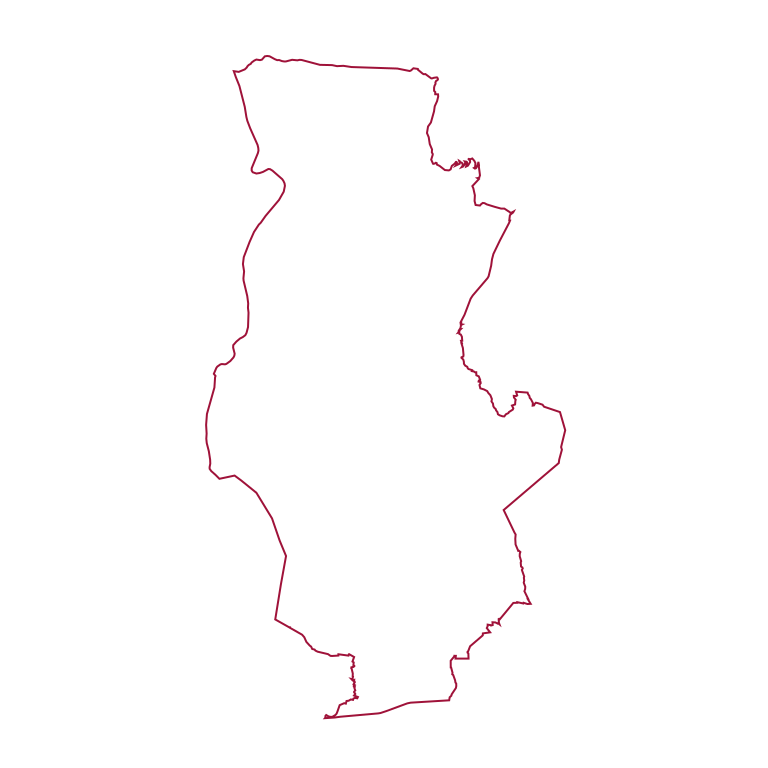 outline of Zapotlán del Rey, Jalisco, Mexico, rotated 88°
{"feature_id": "50627088B65473420567883", "entity_name": "Zapotlán del Rey", "entity_type": "district", "adm_level": 2, "iso_a3": "MEX", "parent_name": "Mexico", "parent_adm1": "Jalisco", "projection": "mercator", "projection_center": [-102.928, 20.466], "detail": "fine", "context": "isolated", "style": "outline", "palette": "rose", "viewbox_px": 768, "rotation_deg": 88, "n_neighbors": 0, "source": "geoboundaries", "source_scale": "gbopen_adm2", "svg_char_len": 6106}
<svg xmlns="http://www.w3.org/2000/svg" viewBox="0 0 768 768"><g transform="rotate(88 384 384)"><path d="M66.1,523.2L72.0,521.4L81.1,518.1L102.1,513.5L112.4,512.2L116.2,511.4L123.8,508.8L140.7,502.0L143.8,501.4L146.4,501.3L148.9,502.0L163.7,508.7L166.1,508.8L167.8,507.8L169.2,504.2L168.8,500.8L167.8,497.5L165.1,492.1L165.3,490.4L166.9,488.0L175.7,478.6L177.4,477.5L180.0,476.4L182.5,476.1L188.3,477.5L196.4,482.5L211.9,496.5L218.6,501.6L220.3,503.5L227.5,508.6L237.4,513.4L252.3,519.7L259.2,520.8L266.6,519.9L273.5,520.8L275.8,520.7L291.3,517.6L298.7,516.9L303.1,517.3L308.0,516.9L322.4,517.9L328.1,519.6L330.4,520.9L332.2,523.5L333.5,526.3L336.5,530.1L339.9,533.3L342.4,533.5L348.5,532.2L350.5,532.6L352.2,533.5L355.7,536.8L358.4,540.8L358.8,542.2L358.4,545.4L358.7,546.8L360.8,550.0L362.1,551.0L367.9,553.7L370.1,552.1L371.5,552.6L381.6,553.6L407.8,562.0L418.7,563.2L427.4,563.0L432.5,563.5L436.9,563.2L445.1,561.4L453.6,560.4L457.6,560.4L461.0,561.2L462.7,561.2L465.0,559.7L469.1,555.4L473.0,551.8L470.3,536.5L475.5,530.0L488.3,515.3L514.4,500.6L536.7,493.8L552.5,487.9L580.5,494.0L615.5,500.9L623.7,487.5L623.9,486.5L624.3,486.6L631.7,474.6L634.3,472.5L639.0,470.6L642.9,467.3L643.9,466.0L646.3,465.0L647.0,462.6L648.0,461.9L649.2,459.7L652.0,449.4L653.8,447.0L654.0,445.4L653.8,439.1L652.5,439.0L654.2,429.0L652.9,428.6L652.8,428.3L655.8,423.4L660.3,425.2L661.2,424.0L663.8,424.4L664.6,423.5L665.0,423.5L665.6,424.3L665.3,424.7L665.8,425.3L666.0,426.5L667.0,426.6L667.2,426.3L672.2,425.3L675.1,425.5L675.3,425.2L677.9,425.8L677.6,427.0L679.2,425.6L678.7,424.1L680.4,424.3L680.6,423.7L681.1,423.6L683.0,424.9L683.9,423.7L684.8,424.8L685.4,424.7L685.6,423.8L687.2,424.1L689.2,423.4L690.5,424.6L691.2,424.6L692.2,423.7L692.8,423.5L694.3,424.8L695.9,421.0L697.2,421.7L696.7,424.1L697.4,425.6L698.6,426.0L698.1,428.1L699.3,430.4L699.5,432.5L702.1,433.3L701.6,434.9L703.4,439.5L709.8,442.0L711.8,442.9L713.1,444.1L714.7,447.0L714.9,448.5L714.3,451.0L712.8,453.3L713.7,454.1L715.3,454.2L715.9,454.7L715.6,445.0L715.0,439.1L713.0,401.3L712.7,399.0L711.1,393.5L704.0,371.9L703.4,368.5L702.4,329.9L699.4,329.3L697.9,327.6L696.5,327.2L690.4,322.8L688.4,322.3L685.8,322.3L684.9,323.0L682.5,323.3L677.2,325.0L676.5,325.9L675.0,325.6L672.8,326.1L669.7,326.8L669.6,327.2L662.9,327.0L658.5,323.1L658.1,323.1L658.2,321.7L660.9,322.1L661.4,309.1L656.2,309.1L655.4,309.9L654.5,309.8L654.2,309.3L649.1,307.1L638.7,294.1L636.7,293.9L635.9,286.6L631.5,289.8L629.8,288.9L628.1,288.8L628.7,285.8L629.1,285.5L628.7,283.8L625.9,283.9L626.2,280.9L627.4,278.8L627.0,278.4L628.2,277.0L626.7,277.5L622.9,277.6L622.7,277.2L623.2,276.5L607.3,262.4L607.3,258.4L606.7,258.4L608.2,252.5L607.5,252.2L608.9,248.3L608.8,245.1L603.5,248.1L603.3,248.1L603.4,247.6L596.0,250.9L593.8,250.1L591.5,249.9L587.5,251.3L585.2,250.7L582.5,251.0L581.4,250.6L574.6,252.7L573.2,251.8L572.2,252.1L571.2,253.4L567.2,253.6L565.9,253.1L560.8,254.4L558.3,254.2L556.7,253.6L555.2,255.2L555.4,255.7L549.0,258.1L543.3,258.2L539.0,257.7L537.0,258.8L514.1,268.8L469.1,212.1L465.6,211.5L455.9,208.5L453.2,209.2L436.5,204.5L418.2,209.1L412.3,224.8L410.2,226.3L408.5,230.9L408.0,232.9L409.2,234.1L410.6,234.8L410.8,236.2L408.1,235.9L404.3,237.7L403.0,238.8L400.9,239.2L399.3,240.3L397.6,240.8L396.3,252.3L400.1,251.3L400.7,252.4L400.4,254.7L402.0,254.6L404.4,252.9L405.3,253.3L409.0,253.7L410.0,256.9L412.8,255.6L414.1,256.2L416.4,260.1L417.4,260.7L418.5,263.2L420.6,264.9L420.4,266.7L419.3,269.6L418.2,271.2L416.0,271.6L414.3,272.9L413.0,273.2L411.4,274.8L410.0,275.5L407.3,275.8L405.2,277.2L402.8,276.7L398.9,278.1L396.7,280.0L394.7,281.1L392.9,284.3L391.7,287.9L388.3,288.6L386.4,287.3L385.8,287.7L385.2,287.5L384.3,288.0L385.0,289.1L384.9,289.4L383.9,289.1L383.1,287.8L379.7,289.0L378.5,291.4L375.5,291.4L375.6,292.4L374.7,293.6L374.2,295.6L373.5,295.1L373.3,295.2L372.0,299.0L371.3,299.7L369.7,300.2L368.5,302.2L366.6,303.4L364.6,303.4L362.4,303.9L360.5,305.7L360.0,305.6L359.3,303.8L357.8,303.5L350.8,303.9L346.0,305.2L346.0,304.7L343.5,305.5L343.4,304.3L339.5,304.5L337.3,305.5L336.6,306.9L335.1,307.2L335.3,308.1L334.7,307.6L334.9,307.0L334.6,306.8L333.8,307.4L331.9,305.4L332.0,306.5L330.9,305.7L327.7,304.9L327.2,303.8L327.0,304.8L325.4,304.7L326.2,305.3L325.2,305.4L317.6,301.1L301.7,294.4L298.6,292.2L281.8,276.8L280.0,275.7L269.6,272.8L263.1,271.7L257.8,270.1L244.5,263.1L227.6,253.5L225.0,252.3L224.8,253.1L219.9,252.3L219.0,251.6L217.1,249.0L216.1,248.4L217.7,251.6L216.8,252.1L212.9,257.6L212.8,260.8L210.9,266.9L208.1,275.0L206.8,277.2L206.5,279.0L207.7,280.7L209.0,281.9L208.3,286.2L204.3,287.1L198.6,286.6L191.5,287.9L189.3,288.8L182.5,282.0L181.5,283.4L181.3,282.0L180.9,281.6L178.8,280.8L170.3,281.6L168.8,281.4L165.3,281.9L167.8,282.5L170.7,283.9L171.6,284.6L171.9,285.6L171.2,286.5L170.8,285.7L169.9,285.3L166.5,284.9L164.2,285.9L161.7,287.9L162.4,289.9L162.0,291.4L162.2,291.6L164.0,290.2L165.2,290.2L168.7,292.5L169.5,294.3L166.0,293.2L165.2,293.3L164.7,293.8L164.4,295.5L165.2,295.0L167.3,295.7L169.4,297.3L170.0,298.9L168.4,297.7L166.4,297.8L165.5,298.7L164.8,300.2L164.0,300.5L163.6,301.1L165.5,300.6L166.5,300.7L168.2,304.7L166.1,303.1L164.6,303.8L164.6,304.4L166.2,305.6L168.4,308.6L171.8,309.9L172.8,311.7L172.3,315.7L168.0,320.8L166.6,323.4L165.0,323.7L164.7,324.5L165.4,325.5L165.7,326.9L165.6,327.3L161.4,329.0L156.6,327.3L155.7,327.3L154.2,328.1L151.3,327.8L145.8,329.9L138.9,330.7L134.7,332.3L128.2,331.0L124.3,328.0L113.3,324.5L108.2,323.6L103.2,321.1L98.6,319.8L96.4,319.9L96.2,322.7L94.0,322.6L92.8,323.7L89.6,323.6L87.7,323.1L85.8,322.0L84.4,322.1L83.0,321.4L82.2,320.0L81.5,319.5L80.4,319.6L79.4,320.4L79.7,323.4L80.3,325.5L80.1,326.3L75.7,331.8L75.8,333.4L75.2,334.5L71.1,339.1L70.3,339.2L69.5,343.6L71.6,346.1L72.1,347.4L69.2,359.7L66.1,405.4L64.6,413.5L64.7,419.9L63.5,424.7L62.8,436.9L57.3,455.0L57.1,457.0L57.5,459.3L56.8,464.5L58.2,470.7L58.2,472.4L57.7,474.8L56.6,477.4L56.6,479.5L55.6,481.7L52.5,486.9L52.1,489.3L52.4,491.7L55.6,494.7L56.0,496.6L55.3,500.2L56.2,502.3L58.1,505.1L59.4,506.0L60.4,508.0L61.7,509.4L62.9,510.1L64.7,512.1L67.0,518.3L66.1,523.2Z" fill="none" stroke="#9f1239" stroke-width="2"/></g></svg>